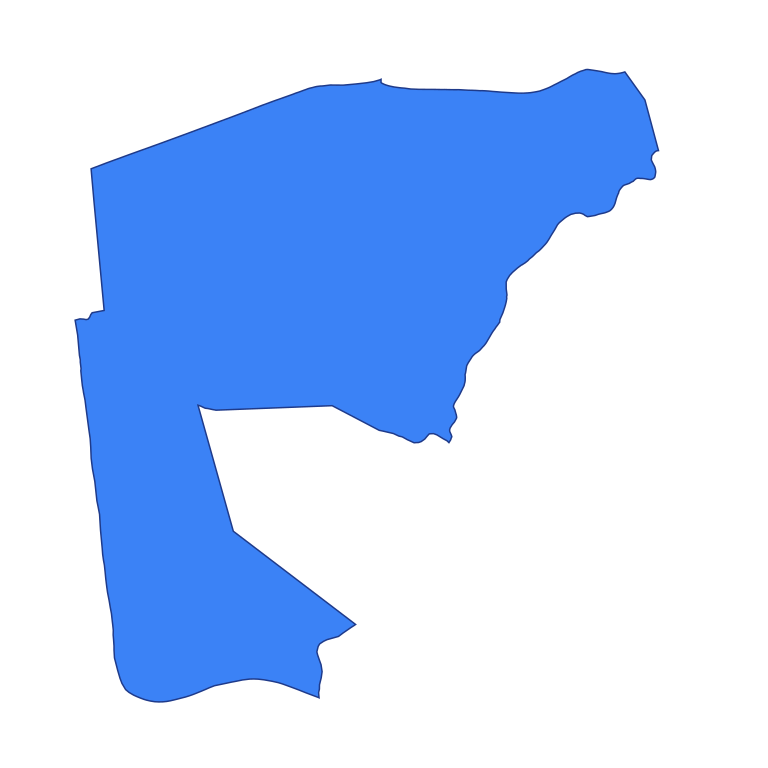 La Tourney/Cedar Heights, Laborie, Saint Lucia, rotated 83°
{"feature_id": "8701671B9732663070943", "entity_name": "La Tourney/Cedar Heights", "entity_type": "district", "adm_level": 2, "iso_a3": "LCA", "parent_name": "Saint Lucia", "parent_adm1": "Laborie", "projection": "orthographic", "projection_center": [-60.965, 13.743], "detail": "fine", "context": "isolated", "style": "filled", "palette": "blue", "viewbox_px": 768, "rotation_deg": 83, "n_neighbors": 0, "source": "geoboundaries", "source_scale": "gbopen_adm2", "svg_char_len": 5847}
<svg xmlns="http://www.w3.org/2000/svg" viewBox="0 0 768 768"><g transform="rotate(83 384 384)"><path d="M134.7,648.5L167.2,649.6L276.9,652.8L277.7,665.0L279.4,666.6L281.7,667.9L283.6,669.8L283.8,671.8L283.0,674.2L282.3,677.9L283.0,682.8L298.1,682.1L318.5,682.8L323.0,682.5L325.3,682.8L331.9,682.8L333.9,683.3L342.2,683.5L348.9,683.6L354.3,683.3L355.6,683.3L363.6,682.7L371.9,682.7L381.5,682.6L392.6,682.5L402.5,682.3L411.3,682.8L422.0,683.7L432.8,683.7L445.5,682.9L465.0,683.2L470.0,682.8L478.6,682.2L494.9,683.2L512.4,683.7L518.7,684.0L524.6,683.9L529.6,683.6L536.5,683.7L543.4,683.9L551.6,683.9L557.3,683.8L565.6,683.2L572.6,682.9L578.8,682.5L586.6,682.6L590.2,682.6L595.4,682.7L600.1,683.4L605.5,683.6L611.1,683.9L615.2,684.4L623.0,684.9L626.8,684.4L636.0,683.2L643.9,681.9L649.2,680.6L655.8,677.7L659.0,674.7L660.7,672.5L662.3,670.4L664.2,667.3L666.1,663.9L667.7,660.8L668.8,658.3L670.2,654.5L671.4,650.3L671.8,648.0L672.1,646.3L672.5,642.3L672.6,638.4L672.4,634.8L672.0,631.1L671.5,627.0L671.0,623.3L670.5,619.3L669.8,615.4L668.9,611.3L667.9,607.5L666.7,603.0L665.4,598.4L664.2,594.5L662.8,589.0L661.8,577.1L661.3,571.5L661.1,568.0L660.8,564.0L660.5,560.6L660.5,555.5L660.5,553.5L660.9,549.3L661.6,544.9L663.0,539.1L665.4,531.3L667.5,525.4L669.2,521.6L670.6,518.8L672.9,514.3L674.5,511.2L677.1,506.2L681.0,499.1L687.1,487.4L687.5,486.7L686.7,486.7L682.3,486.5L679.0,485.3L674.7,484.7L667.9,482.1L662.7,480.7L661.9,480.5L658.1,480.6L654.9,480.7L650.5,481.7L644.8,482.9L641.7,483.3L639.0,482.3L636.4,481.3L634.1,479.5L632.1,475.5L631.6,474.1L630.8,471.7L629.0,459.9L626.1,454.9L621.8,446.7L620.2,443.4L619.2,441.5L511.8,551.5L477.5,556.7L382.4,571.2L382.7,570.5L383.4,569.0L383.8,568.3L384.6,567.1L386.2,564.5L386.4,563.8L386.9,561.7L388.6,556.9L389.1,555.1L389.5,554.0L399.2,438.1L418.6,410.0L429.4,394.4L430.6,390.8L434.3,380.7L437.5,375.6L438.1,373.9L438.7,372.3L442.2,367.5L442.9,366.3L446.0,361.3L446.1,359.1L446.3,356.8L445.9,355.1L445.7,354.1L443.6,350.2L441.3,347.8L439.8,346.1L439.0,345.1L439.1,343.4L439.3,340.9L440.1,339.3L441.0,337.6L445.7,331.7L448.0,328.4L448.4,328.1L450.1,326.7L447.5,324.6L445.9,323.9L445.3,323.5L444.6,323.1L442.9,323.4L440.9,324.0L439.3,324.5L437.6,324.5L435.7,323.7L433.7,322.1L432.8,321.4L431.2,319.7L430.4,318.8L429.1,317.8L427.9,317.0L427.2,316.4L425.9,315.9L423.4,316.0L421.8,316.3L419.8,316.6L418.3,316.8L416.0,317.6L415.3,317.8L414.2,317.7L412.6,317.0L411.3,316.2L409.7,315.0L409.0,314.4L407.6,313.2L406.6,312.4L405.8,311.7L404.3,310.6L403.2,309.8L402.1,309.1L401.2,308.5L399.5,307.4L396.3,305.3L395.3,304.7L393.6,304.1L391.9,303.4L390.3,303.0L388.4,302.7L386.7,302.5L384.6,302.4L382.9,301.7L380.2,300.9L379.1,300.6L376.0,299.7L375.1,299.1L373.2,297.8L371.3,296.2L369.4,294.6L368.0,293.5L366.9,292.4L365.5,290.6L364.7,289.3L363.2,286.5L362.4,285.1L361.3,283.8L359.2,281.4L358.1,280.0L356.0,277.9L354.5,276.7L352.4,275.1L351.1,274.1L348.3,272.0L346.0,270.2L344.5,268.9L343.0,267.4L341.2,265.9L339.5,264.2L337.5,262.4L336.9,261.7L334.2,261.1L327.8,257.3L322.3,254.7L320.2,253.8L317.3,252.7L314.0,251.7L312.4,251.7L310.7,251.1L304.6,251.1L297.6,250.3L295.1,248.9L291.6,246.1L288.9,242.9L285.2,237.5L282.6,233.0L282.6,232.6L281.6,230.6L280.9,229.1L279.2,226.3L277.6,224.4L275.6,221.1L274.3,219.4L272.2,216.7L270.7,214.0L269.3,212.1L268.2,210.7L266.4,208.6L265.0,206.9L263.4,205.2L262.7,204.6L261.3,203.4L259.7,202.1L257.8,200.7L256.4,199.6L254.2,197.8L251.6,195.7L250.1,194.6L248.2,193.2L247.2,192.5L245.3,190.4L243.9,188.3L241.6,184.8L240.3,182.4L239.2,179.8L238.4,177.8L238.1,175.2L237.8,173.0L238.0,170.8L238.1,169.1L238.8,167.2L239.2,166.4L240.0,165.1L241.1,164.0L242.3,162.3L242.7,161.7L242.7,159.8L242.6,157.5L242.5,155.2L242.4,153.7L241.7,150.6L241.4,148.2L241.2,145.8L241.0,143.9L240.4,141.3L240.0,139.8L239.5,138.6L238.5,137.1L237.7,136.2L236.5,135.0L235.3,134.1L233.8,133.2L232.5,132.5L231.7,132.2L229.8,131.4L228.3,130.8L226.6,130.0L225.5,129.4L223.9,128.5L222.9,127.8L221.9,127.6L220.2,126.5L218.7,125.1L217.3,123.6L216.5,122.6L216.0,121.7L215.6,120.1L215.4,118.9L215.1,117.6L214.8,116.1L214.2,114.8L213.7,113.7L213.2,112.0L212.5,111.1L211.7,110.0L211.1,109.2L210.7,107.8L210.7,106.7L210.9,105.7L211.2,104.5L211.4,102.9L211.7,101.5L212.0,100.3L212.6,98.3L213.0,97.0L213.4,95.7L213.6,94.3L213.4,93.0L212.9,91.5L211.8,90.1L210.6,89.6L209.3,89.2L207.3,88.6L205.9,88.4L203.7,88.5L201.6,88.8L199.7,89.5L197.8,90.2L195.5,91.0L194.1,91.4L189.9,90.4L187.9,88.3L187.0,87.2L186.3,86.2L185.8,84.9L185.8,84.4L185.8,83.1L133.9,90.4L103.6,106.9L103.9,108.6L104.2,111.1L104.3,112.7L104.3,114.9L104.2,117.0L103.9,118.6L103.5,120.7L103.1,122.2L102.5,124.2L101.7,126.6L100.5,129.8L99.3,133.8L98.0,138.4L96.7,143.2L96.5,145.1L97.1,148.0L97.5,150.5L98.4,153.8L99.4,156.2L100.2,158.7L100.8,160.2L102.1,163.2L103.1,165.3L104.0,167.8L105.2,171.3L105.7,172.6L106.5,174.7L107.1,176.4L108.0,179.0L108.6,180.5L109.5,183.0L110.0,184.6L110.7,187.2L111.2,189.3L111.8,192.0L112.2,193.8L112.5,197.7L112.6,200.1L112.7,203.0L112.6,205.9L112.5,207.2L112.4,209.1L112.1,211.9L111.7,215.0L111.2,217.9L108.6,232.1L107.6,236.8L106.8,240.8L106.0,244.3L105.3,248.0L104.8,250.9L104.6,252.9L103.9,256.6L103.2,260.9L102.7,264.4L101.0,273.8L100.4,278.8L99.9,282.5L99.5,285.3L99.1,287.9L98.8,290.7L98.4,293.5L97.8,297.8L97.4,300.7L96.9,305.0L96.3,309.4L95.8,313.4L95.0,318.2L94.5,321.4L92.9,327.4L92.2,330.9L91.5,333.7L91.1,335.2L90.4,337.9L89.7,339.9L89.1,341.7L88.4,343.5L87.4,345.7L86.8,346.9L85.8,348.5L85.3,349.3L84.4,350.2L81.2,349.8L81.6,351.0L82.6,357.4L82.9,364.7L82.8,375.0L82.4,388.1L80.7,401.0L80.7,408.6L80.5,411.0L80.5,412.6L80.5,414.4L80.7,416.4L81.1,419.2L81.3,421.3L81.6,423.2L82.2,425.6L82.7,427.9L83.3,430.4L84.0,433.4L84.5,436.0L85.3,439.1L86.1,442.6L89.7,458.9L92.4,470.5L98.6,495.2L103.5,515.6L112.3,552.5L119.1,581.7L125.2,608.6L130.9,633.1L134.7,648.5Z" fill="#3b82f6" stroke="#1e3a8a" stroke-width="1.5"/></g></svg>